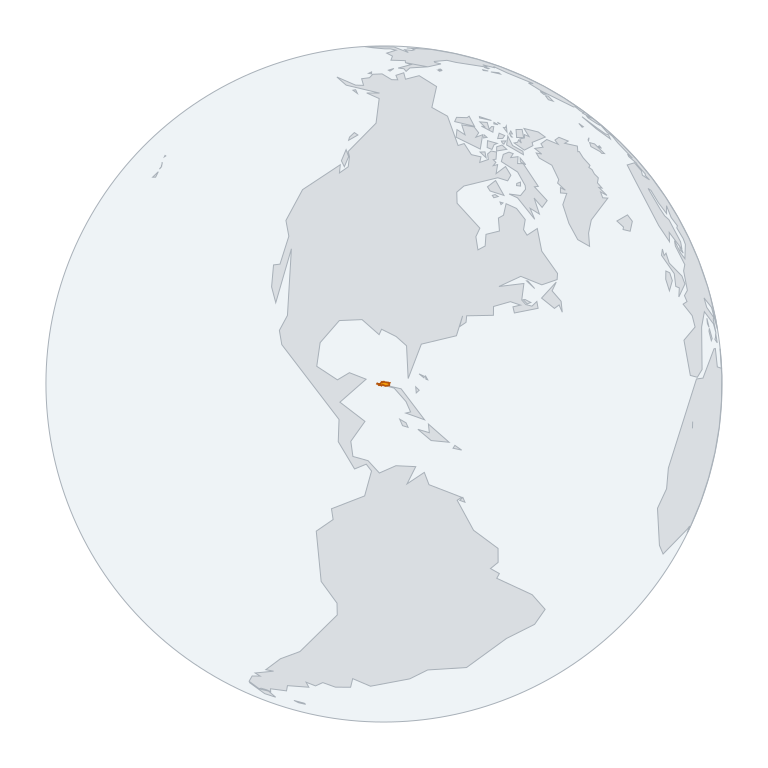 Pinar del Río on an orthographic globe, rotated 30°
{"feature_id": "CUB-1321", "entity_name": "Pinar del Río", "entity_type": "Province", "adm_level": 1, "iso_a3": "CUB", "parent_name": "Cuba", "parent_adm1": "", "projection": "orthographic", "projection_center": [-83.796, 22.394], "detail": "fine", "context": "on_globe", "style": "filled", "palette": "amber", "viewbox_px": 768, "rotation_deg": 30, "n_neighbors": 0, "source": "natural_earth", "source_scale": "10m", "svg_char_len": 11046}
<svg xmlns="http://www.w3.org/2000/svg" viewBox="0 0 768 768"><g transform="rotate(30 384 384)"><circle cx="384" cy="384" r="338" fill="#eef3f6" stroke="#a8b0b8"/><path d="M416.7,465.6L408.7,462.3L401.0,472.3L373.2,456.8L362.8,437.2L275.8,401.0L266.6,389.9L266.1,372.9L236.2,313.2L249.6,367.7L238.1,356.1L228.8,336.1L234.0,332.2L227.7,303.6L217.3,291.4L216.3,256.4L236.5,216.0L239.9,223.5L244.4,213.8L240.4,204.3L236.7,200.6L246.7,162.1L237.1,139.2L223.5,140.6L234.7,134.3L201.8,144.1L189.7,141.7L209.9,139.4L217.0,135.6L212.0,130.8L218.3,126.0L219.4,121.4L227.3,116.4L238.5,116.6L243.8,113.7L240.0,110.7L245.5,104.6L250.2,109.3L260.3,99.4L280.8,100.1L287.2,120.6L305.1,120.3L328.9,140.4L333.2,135.7L345.0,141.7L354.4,138.8L356.1,144.3L362.1,137.4L358.7,133.0L360.2,128.7L365.5,126.9L368.6,133.3L366.4,135.1L370.1,136.1L369.4,140.3L372.7,137.2L375.9,145.8L380.5,134.9L389.5,139.8L389.5,146.2L379.4,148.5L354.2,172.6L351.1,181.5L356.9,190.9L389.1,201.1L389.9,210.5L398.3,220.9L402.6,213.9L397.5,203.4L407.5,193.8L400.1,183.1L403.1,178.1L399.6,166.8L411.0,165.7L424.1,171.0L427.7,180.6L433.5,183.6L439.0,172.7L454.2,190.1L479.0,201.5L481.7,207.0L471.1,219.2L448.6,222.4L434.8,242.1L454.9,227.0L461.3,242.4L467.1,244.3L473.2,242.6L475.1,236.1L479.6,241.4L461.4,257.3L457.1,252.7L462.8,247.4L452.3,249.5L440.1,262.1L444.4,269.8L421.5,283.6L424.2,289.6L420.8,296.6L418.0,285.7L422.6,306.0L396.4,330.8L402.2,367.2L384.4,339.6L370.8,336.8L354.5,337.8L355.1,343.7L332.8,339.2L313.6,351.4L308.0,380.1L316.9,402.3L341.6,403.7L348.4,391.5L366.1,388.8L354.9,421.8L386.2,425.9L383.9,450.2L393.3,462.3L408.5,458.4L424.5,463.4L435.2,448.8L452.8,439.7L453.9,459.0L463.1,440.4L473.3,448.7L507.9,443.3L505.5,448.1L534.7,465.9L565.0,469.4L572.0,481.4L568.5,490.6L578.7,490.5L578.8,495.9L617.7,492.4L636.2,498.6L634.6,516.8L617.3,543.1L597.2,588.3L564.8,609.8L553.7,626.5L523.4,652.5L504.2,654.8L506.7,663.3L493.6,670.8L480.3,673.2L475.6,679.7L465.6,681.2L470.5,684.2L451.2,693.5L453.0,698.5L438.1,704.7L439.7,707.1L435.2,707.5L429.7,708.9L428.1,710.3L415.8,708.9L415.8,702.8L422.8,698.9L416.9,698.7L432.0,687.9L424.5,690.5L431.7,673.7L445.0,657.7L459.0,607.4L452.9,597.3L428.3,586.4L398.9,545.3L407.7,526.8L400.9,518.3L423.2,490.6L416.7,465.6ZM80.2,320.6L82.4,313.0L82.8,319.1L80.2,320.6ZM82.6,307.5L82.1,310.2L82.3,307.7L82.6,307.5ZM82.0,305.1L82.5,306.8L81.7,305.6L82.0,305.1ZM80.9,302.8L81.6,303.7L81.4,303.9L80.9,302.8ZM401.2,379.6L437.0,394.7L417.4,398.3L421.0,394.9L411.8,388.2L394.9,382.5L377.5,386.9L401.2,379.6ZM80.2,297.1L80.1,295.5L81.0,295.6L80.2,297.1ZM415.5,358.7L409.3,357.7L415.2,357.2L415.5,358.7ZM234.0,200.0L239.7,204.8L241.0,215.6L235.5,212.0L234.0,200.0ZM232.6,181.1L236.9,181.4L231.5,190.6L230.7,187.5L232.6,181.1ZM212.3,143.3L215.7,145.7L210.2,145.1L212.3,143.3ZM218.2,121.6L215.3,122.7L217.2,119.9L218.2,121.6ZM393.5,168.4L396.5,167.7L395.6,170.1L393.5,168.4ZM389.2,164.5L386.0,167.8L383.5,166.5L385.5,164.4L389.2,164.5ZM230.9,110.0L234.8,105.8L232.8,110.0L230.9,110.0ZM393.6,160.7L379.4,163.8L375.0,161.5L378.9,152.0L393.6,160.7ZM238.3,103.3L247.7,93.9L241.9,95.0L263.4,87.4L248.4,97.3L246.8,102.2L243.6,101.0L238.3,103.3ZM355.4,132.5L359.3,137.0L351.2,135.1L355.4,132.5ZM349.9,132.4L323.1,134.2L320.0,127.2L329.6,127.7L321.8,120.7L333.5,116.3L340.4,119.1L340.1,124.4L344.8,118.8L349.9,132.4ZM273.8,85.2L277.7,83.3L275.7,85.4L273.8,85.2ZM360.2,126.9L355.1,127.6L352.0,121.5L361.8,119.0L359.7,121.7L360.2,126.9ZM314.0,121.4L313.5,116.8L322.8,111.8L323.8,109.5L333.5,115.6L314.0,121.4ZM363.0,122.2L366.8,118.0L373.0,119.4L365.0,125.9L363.0,122.2ZM347.2,121.1L346.2,118.2L349.9,118.9L347.2,121.1ZM397.1,123.2L391.0,123.5L388.9,120.2L397.1,123.2ZM367.9,116.4L365.7,116.0L364.2,114.9L367.9,112.6L367.9,116.4ZM339.4,112.0L343.4,111.1L335.9,109.1L342.6,105.9L347.8,110.8L348.4,107.3L350.4,106.3L352.4,111.5L339.4,112.0ZM367.2,107.3L376.1,113.2L387.9,113.0L390.1,115.7L370.7,115.7L367.2,107.3ZM358.3,109.2L364.3,108.5L364.0,112.0L359.7,114.6L358.3,109.2ZM345.3,102.1L333.7,105.8L332.9,104.7L345.3,102.1ZM370.7,106.4L368.4,105.1L371.5,106.0L370.7,106.4ZM353.1,102.4L349.1,103.8L348.4,102.5L353.1,102.4ZM367.3,101.5L370.2,103.2L367.4,104.9L367.3,101.5ZM360.9,101.3L360.8,99.2L364.6,104.4L359.2,102.1L360.9,101.3ZM353.1,101.0L351.3,100.6L354.9,100.6L353.1,101.0ZM376.3,94.5L381.8,100.8L375.6,104.2L371.1,97.6L376.3,94.5ZM435.5,711.8L416.4,709.8L427.5,710.7L437.6,707.7L446.8,709.4L435.5,711.8ZM464.2,703.1L474.5,700.3L476.3,700.6L469.5,702.7L464.2,703.1ZM594.2,119.4L595.3,120.3L615.6,137.9L616.8,139.1L622.7,144.9L631.4,154.3L638.7,161.9L645.0,169.5L635.1,159.7L629.4,153.9L618.1,149.4L625.2,156.3L636.3,161.5L636.7,163.2L646.4,174.3L639.3,167.2L625.3,161.2L630.5,175.7L652.2,212.4L652.0,221.5L645.0,223.4L621.9,196.1L624.9,179.1L616.7,170.7L603.1,165.3L605.2,161.1L600.0,157.2L599.9,151.2L586.9,136.2L584.8,130.2L567.3,118.8L563.9,114.6L575.2,122.2L581.9,125.0L575.2,112.4L570.3,108.4L559.5,102.4L559.0,100.3L549.4,96.2L539.5,88.3L543.5,95.1L531.0,89.8L518.3,82.8L514.9,82.6L535.5,94.3L543.1,98.1L548.5,99.2L569.8,112.6L574.7,118.4L555.2,110.1L560.1,118.0L542.8,109.5L497.6,80.8L485.1,72.7L490.3,67.2L500.3,70.7L503.4,74.0L511.9,74.5L505.8,72.7L505.4,71.5L493.3,67.4L492.4,66.5L482.3,64.7L479.9,63.1L486.3,64.2L466.3,58.4L458.0,55.3L453.9,54.6L451.9,54.7L442.6,51.6L440.0,51.3L442.0,52.0L438.1,52.1L427.6,51.5L425.0,50.4L428.4,50.5L431.7,49.7L441.2,51.0L439.0,50.6L430.2,49.4L426.2,50.1L420.6,50.1L421.1,49.2L420.5,49.5L416.9,49.3L410.9,48.3L409.7,49.3L373.8,51.6L358.6,51.1L363.0,49.2L335.1,53.0L320.1,54.3L322.0,54.7L309.9,58.2L314.5,57.7L314.4,58.3L285.5,69.5L276.7,72.2L266.3,79.5L267.3,80.1L273.3,78.3L263.4,87.4L241.9,95.0L240.8,93.3L228.1,100.1L227.4,95.8L220.9,96.1L227.5,88.9L221.8,90.6L217.4,93.2L206.4,98.3L198.8,101.4L224.1,87.1L239.3,84.8L234.8,84.1L241.5,81.2L243.3,79.3L239.6,79.7L235.7,81.6L257.9,70.5L280.2,62.4L303.1,55.9L326.3,51.0L349.8,47.8L373.5,46.2L397.2,46.3L420.9,48.1L444.4,51.5L467.6,56.6L490.3,63.2L512.6,71.5L534.2,81.3L555.1,92.6L575.1,105.3L594.2,119.4ZM720.6,354.0L721.0,361.5L719.7,354.1L719.3,357.8L710.7,391.7L703.2,386.0L683.0,354.9L681.1,333.4L672.3,314.6L652.1,223.4L657.3,219.4L652.2,188.5L653.2,187.6L664.1,202.5L668.5,201.7L657.8,185.9L657.7,185.9L672.1,207.5L684.8,230.1L695.8,253.6L704.8,277.9L712.0,302.9L717.3,328.3L720.6,354.0ZM670.1,262.2L673.3,268.2L670.1,262.2ZM509.0,442.8L513.2,445.9L507.8,446.9L509.0,442.8ZM415.2,406.6L422.5,406.6L426.5,409.5L420.9,410.8L415.2,406.6ZM476.1,401.7L484.3,402.4L475.9,405.1L476.1,401.7ZM442.5,396.5L469.5,401.9L453.1,409.4L436.0,406.3L447.6,403.5L442.5,396.5ZM412.9,370.6L417.6,371.8L416.4,375.6L412.9,370.6ZM419.8,358.5L418.0,358.9L415.5,356.0L419.8,358.5ZM462.4,241.4L464.0,240.3L470.4,240.0L467.9,243.0L462.4,241.4ZM496.0,223.8L502.5,232.7L496.1,228.0L493.8,233.3L477.5,230.8L482.2,209.6L483.0,219.3L496.0,223.8ZM457.0,222.8L466.8,226.0L455.9,223.4L457.0,222.8ZM571.6,145.2L575.8,144.8L582.0,150.3L584.6,160.6L575.6,152.4L571.6,145.2ZM580.2,143.3L560.0,133.8L557.6,127.9L562.4,132.7L562.8,129.7L570.6,136.7L588.0,141.5L594.6,146.9L595.8,161.2L591.7,153.1L587.9,153.6L580.2,143.3ZM512.9,128.3L504.2,126.4L510.3,115.8L517.7,118.9L520.8,128.6L513.8,130.7L512.9,128.3ZM403.3,144.3L399.6,145.9L398.7,143.9L401.2,140.9L403.3,144.3ZM394.4,123.6L418.8,135.7L415.7,138.0L433.6,143.6L432.6,152.0L421.0,147.9L433.6,159.1L422.7,158.8L432.2,166.0L406.5,156.0L397.3,156.9L408.0,152.5L409.2,144.6L407.0,141.5L393.7,133.6L374.4,132.7L372.5,125.5L376.3,120.7L380.7,119.9L380.5,124.6L386.4,120.1L389.5,126.3L394.4,123.6ZM422.1,81.5L420.1,85.2L432.5,81.3L435.7,85.9L436.9,85.1L443.3,88.5L453.1,91.7L453.1,94.0L456.9,94.3L461.2,96.9L466.5,98.3L468.3,103.1L474.9,105.3L471.9,106.4L482.8,109.2L475.5,109.4L480.3,113.4L484.9,111.1L481.5,138.3L485.7,151.0L493.2,162.0L479.6,162.1L463.9,152.5L449.2,139.3L447.0,127.6L441.3,130.3L438.6,125.7L444.2,125.5L433.9,123.2L433.1,119.6L420.0,110.6L405.5,110.7L400.3,107.8L405.6,106.0L396.8,104.6L403.3,99.4L399.8,97.5L402.7,90.9L415.0,89.3L410.1,87.3L412.1,82.9L422.1,81.5ZM377.5,92.7L391.6,88.6L400.2,89.5L391.5,100.7L393.8,103.1L388.6,111.3L376.2,110.2L378.8,107.9L378.5,105.4L382.5,106.7L379.1,103.9L382.6,100.7L380.9,97.8L385.9,97.2L377.5,92.7ZM648.2,179.9L647.9,178.2L645.9,174.3L652.0,181.7L648.2,179.9ZM639.1,175.9L637.9,173.1L645.5,180.6L645.8,182.8L639.1,175.9ZM630.7,165.6L637.2,172.4L633.9,170.0L630.7,165.6ZM573.4,119.7L571.3,116.9L573.6,118.0L577.8,121.1L573.4,119.7ZM459.7,74.2L457.2,75.4L455.0,74.7L444.5,74.9L441.4,72.1L446.4,70.8L459.7,74.2ZM454.5,71.2L450.6,71.5L451.4,70.0L454.5,71.2ZM438.5,70.1L438.4,68.2L439.8,71.8L438.5,70.1ZM421.8,53.5L439.9,55.7L450.8,56.7L453.7,55.9L457.5,58.6L440.6,56.9L421.8,53.5ZM380.0,51.6L377.6,53.3L373.5,52.7L373.4,52.3L380.0,51.6ZM382.2,52.5L389.0,54.5L384.2,55.6L379.8,53.7L382.2,52.5ZM422.4,60.9L428.0,61.5L427.2,62.6L422.4,60.9ZM275.5,83.0L277.5,83.3L273.7,84.3L275.5,83.0ZM317.2,58.0L316.6,59.0L312.2,59.7L317.2,58.0ZM312.4,62.4L317.8,60.8L313.2,62.9L312.4,62.4ZM329.8,57.4L320.5,60.3L327.9,57.0L329.8,57.4Z" fill="#d9dde1" stroke="#a8b0b8" stroke-width="1"/><path d="M389.3,382.7L389.2,382.8L388.8,383.0L388.6,383.1L388.2,383.3L387.9,383.6L387.6,384.2L387.4,384.3L387.1,384.3L386.9,384.3L386.8,384.5L386.6,384.7L386.5,384.8L386.4,385.0L386.2,385.0L385.8,385.2L385.5,385.2L385.3,385.1L385.3,384.9L385.2,384.9L385.1,385.0L384.8,385.3L384.7,385.3L384.7,385.2L384.1,385.3L384.0,385.2L383.9,385.3L383.4,385.3L383.1,385.5L383.0,385.8L383.0,386.0L383.0,385.9L382.9,385.9L382.9,386.0L383.0,386.2L382.9,386.4L382.8,386.5L382.8,386.8L382.7,386.8L382.3,386.7L382.2,386.6L381.9,386.8L381.7,386.9L381.4,386.9L381.2,387.0L380.6,387.5L380.3,387.7L380.1,387.7L380.2,387.1L380.3,386.9L380.2,386.7L379.7,386.7L379.3,386.8L379.1,386.9L378.5,387.3L378.3,387.3L378.0,387.3L377.8,387.3L377.7,387.2L377.7,386.9L377.8,386.8L378.0,386.9L378.0,387.0L378.1,386.9L378.2,386.7L378.3,386.7L378.4,386.8L378.8,386.6L379.2,386.5L379.7,386.3L380.0,386.1L380.4,386.2L380.5,386.2L380.8,386.0L381.0,386.2L381.0,386.3L381.2,386.2L381.3,386.2L381.4,385.9L381.3,386.0L381.2,386.1L381.1,385.9L381.0,385.7L380.9,385.5L380.7,385.4L380.6,385.2L380.6,384.9L380.7,384.6L380.8,384.2L381.0,384.0L381.0,383.9L381.1,383.7L381.3,383.6L381.2,383.5L381.3,383.5L381.5,383.4L381.8,383.1L381.7,382.9L381.8,382.9L382.0,382.9L382.1,383.0L382.2,382.7L382.4,382.7L382.5,382.4L382.6,382.5L382.7,382.4L382.8,382.3L382.7,382.3L382.7,382.2L382.8,382.1L382.9,382.3L383.0,382.3L383.0,382.2L383.4,382.0L383.5,382.0L383.6,381.9L383.8,381.9L384.3,381.7L384.5,381.6L384.8,381.6L384.9,381.4L385.0,381.4L385.3,381.4L385.4,381.2L385.6,381.1L385.8,381.2L386.0,381.0L386.3,381.1L386.4,380.8L386.5,380.7L387.0,380.5L387.1,380.4L387.3,380.4L387.4,380.5L387.3,380.8L387.5,380.8L387.5,380.7L387.4,380.6L387.5,380.5L387.7,380.4L387.9,380.4L388.0,380.3L388.3,380.3L388.3,380.5L388.4,380.4L388.4,380.6L388.5,380.6L388.6,380.8L388.8,381.2L388.8,381.3L388.7,381.5L388.4,381.6L388.5,381.6L388.7,381.8L388.8,381.9L388.8,382.0L389.0,382.3L389.2,382.6L389.3,382.6L389.3,382.7ZM385.3,386.6L385.2,386.6L385.3,386.6Z" fill="#f59e0b" stroke="#b45309" stroke-width="1.5"/></g></svg>